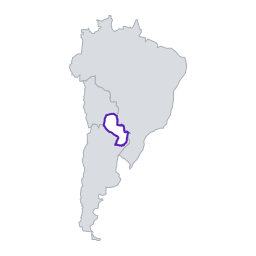 Paraguay highlighted, Equal Earth projection
{"feature_id": "PRY", "entity_name": "Paraguay", "entity_type": "country or territory", "adm_level": 0, "iso_a3": "PRY", "parent_name": "South America", "parent_adm1": "", "projection": "equal_earth", "projection_center": [-57.583, -23.42], "detail": "fine", "context": "with_neighbors", "style": "outline", "palette": "violet", "viewbox_px": 256, "rotation_deg": 0, "n_neighbors": 3, "source": "natural_earth", "source_scale": "50m", "svg_char_len": 6742}
<svg xmlns="http://www.w3.org/2000/svg" viewBox="0 0 256 256"><path d="M91.6,232.8L94.0,236.5L97.2,238.3L100.6,239.0L99.6,240.5L97.3,240.6L96.1,239.6L92.1,239.5L91.6,232.8ZM118.2,155.8L116.8,162.6L116.8,166.3L116.2,167.1L115.8,171.4L119.3,174.5L118.9,177.0L120.6,178.6L120.5,180.3L117.9,184.9L113.9,186.8L108.6,187.6L105.6,187.2L106.2,189.3L105.7,191.9L106.3,193.7L104.7,194.9L102.0,195.4L99.4,194.1L98.4,195.0L98.9,198.5L100.7,199.5L102.1,198.4L103.0,200.2L100.6,201.2L98.6,203.4L98.3,206.8L97.8,208.5L95.4,208.6L93.4,210.3L92.9,212.7L95.5,215.1L97.9,215.8L97.2,218.7L94.4,220.5L93.0,224.3L90.8,225.5L89.9,227.0L90.9,230.2L92.7,232.0L83.4,230.9L82.2,229.1L82.1,226.8L80.4,227.0L79.5,225.9L78.9,222.5L80.7,221.1L81.3,219.1L80.8,217.4L82.0,214.7L82.5,210.3L82.1,208.3L83.2,207.7L82.8,206.4L81.6,205.8L82.3,204.3L81.0,203.1L80.1,199.1L81.1,198.4L80.4,194.2L81.3,187.5L82.8,186.2L81.8,182.8L81.6,179.5L83.5,177.1L83.3,174.1L84.7,170.5L84.5,167.2L83.8,166.5L82.2,160.1L83.7,156.3L83.3,152.6L84.2,149.2L85.9,145.7L87.8,143.3L86.9,141.8L87.5,140.6L87.2,134.2L90.3,132.3L91.2,128.3L90.8,127.3L93.1,123.8L97.0,124.7L98.7,127.5L99.8,124.4L103.1,124.6L108.9,131.7L111.3,132.3L114.8,135.2L117.8,136.7L118.2,138.4L115.4,144.2L121.5,145.8L123.7,145.2L126.3,142.3L126.8,138.9L128.2,138.1L129.6,140.4L129.5,143.4L125.2,147.0L118.2,155.8Z" fill="#d9dde1" stroke="#a8b0b8" stroke-width="1"/><path d="M130.0,169.0L129.2,166.9L130.5,165.2L128.9,162.6L123.9,158.2L122.9,158.3L120.1,155.4L118.2,155.8L125.2,147.0L129.5,143.4L129.6,140.4L128.2,138.1L126.8,138.9L127.8,134.4L127.8,132.3L126.8,131.6L125.7,132.2L124.6,132.0L124.1,127.0L123.5,125.8L121.6,124.8L120.4,125.5L117.3,124.8L117.5,119.5L116.6,117.3L117.6,116.5L117.3,114.3L118.1,112.6L118.6,109.5L117.9,107.0L116.3,105.9L116.0,104.4L116.4,102.1L110.8,101.9L109.6,97.3L110.5,97.2L109.7,92.0L108.0,90.9L106.1,90.9L102.9,88.9L101.7,87.5L98.3,86.8L95.1,83.2L95.2,76.0L91.3,76.7L87.2,79.8L86.5,81.0L82.8,80.7L81.1,81.4L79.7,81.0L79.9,74.9L77.4,77.3L74.8,77.1L73.6,75.0L71.7,74.8L72.3,73.0L70.6,70.6L69.3,67.0L70.1,66.2L70.0,64.5L71.8,63.4L71.5,61.2L72.3,59.8L72.5,57.9L75.9,55.2L78.7,53.8L81.4,54.0L82.8,41.1L82.3,38.8L81.0,37.3L81.0,34.4L82.7,33.7L83.3,34.1L83.4,32.6L81.6,32.2L81.6,29.6L87.5,29.7L88.5,28.3L89.9,32.0L90.4,31.5L92.1,33.6L94.4,33.4L95.0,32.1L98.5,30.5L98.8,28.8L101.0,27.7L100.8,26.8L98.3,26.5L98.0,21.2L96.6,20.2L97.2,19.8L101.8,21.3L102.7,20.4L108.2,18.2L109.3,16.7L108.9,15.5L110.5,15.4L111.2,16.3L110.8,18.1L111.8,18.7L112.5,20.6L111.6,22.0L111.2,25.4L112.2,29.3L114.0,31.2L115.5,31.4L115.8,30.6L118.1,29.8L119.1,28.7L123.1,29.2L123.2,26.4L125.8,26.4L128.8,28.0L129.8,27.0L130.4,27.1L130.9,28.3L132.3,28.0L133.4,26.4L136.1,19.8L137.1,19.6L139.6,28.9L141.2,29.5L141.3,32.3L139.0,35.7L140.0,36.9L145.3,37.5L145.4,41.6L147.7,38.9L156.4,42.8L157.9,45.2L157.4,47.5L160.9,46.2L166.7,48.4L171.2,48.2L175.6,51.5L179.4,56.1L181.7,57.2L184.3,57.4L185.3,58.7L186.7,66.2L185.4,72.9L179.5,81.1L177.5,85.6L175.2,89.1L174.4,89.2L173.5,92.1L173.5,99.6L172.1,108.3L171.1,109.8L170.4,115.1L167.2,120.2L166.6,124.2L164.2,125.9L163.4,128.2L160.3,128.2L155.7,129.7L153.6,131.4L150.3,132.5L146.9,135.6L144.3,139.4L143.8,142.3L144.3,144.4L142.9,150.0L140.9,152.1L137.6,158.7L133.2,163.4L131.8,166.9L130.0,169.0Z" fill="#d9dde1" stroke="#a8b0b8" stroke-width="1"/><path d="M82.8,80.7L86.5,81.0L87.2,79.8L91.3,76.7L95.2,76.0L95.1,83.2L98.3,86.8L101.7,87.5L102.9,88.9L106.1,90.9L108.0,90.9L109.7,92.0L110.5,97.2L109.6,97.3L110.8,101.9L116.4,102.1L116.0,104.4L116.3,105.9L117.9,107.0L118.6,109.5L118.1,112.6L117.3,114.3L117.6,116.5L116.6,117.3L116.6,116.1L113.9,114.1L111.2,114.1L106.1,115.2L104.7,118.7L104.7,120.8L103.6,125.4L103.1,124.6L99.8,124.4L98.7,127.5L97.0,124.7L93.1,123.8L90.8,127.3L88.7,127.8L87.5,122.5L85.8,118.1L86.6,114.3L85.0,112.6L84.6,109.8L83.1,107.1L84.8,102.9L83.5,99.5L84.2,98.2L83.6,96.7L84.7,94.7L84.8,88.5L85.4,87.2L82.8,80.7Z" fill="#d9dde1" stroke="#a8b0b8" stroke-width="1"/><path d="M116.7,117.3L116.7,117.6L116.8,117.8L117.0,118.2L117.1,118.3L117.1,118.5L117.1,119.0L117.2,119.3L117.4,119.3L117.4,119.6L117.4,119.8L117.5,119.9L117.4,120.1L117.5,120.2L117.6,120.5L117.6,121.1L117.5,121.4L117.5,121.6L117.4,121.7L117.5,121.9L117.4,122.2L117.3,122.5L117.3,122.9L117.4,123.1L117.4,123.3L117.3,123.5L117.3,123.9L117.3,124.1L117.2,124.3L117.2,124.5L117.3,124.9L117.5,125.0L117.8,124.9L118.2,125.0L118.4,125.2L118.7,125.2L118.9,125.2L119.1,125.3L119.3,125.2L119.6,125.3L119.9,125.4L120.2,125.5L120.5,125.5L120.9,125.3L121.1,125.4L121.3,125.2L121.4,124.8L121.6,124.7L121.8,124.8L121.9,125.1L122.1,125.3L122.2,125.5L122.4,125.5L122.7,125.6L123.0,125.5L123.4,125.6L123.5,125.8L123.6,126.0L123.7,126.4L123.8,126.7L123.9,126.9L124.0,127.1L124.0,127.3L123.9,127.6L123.9,127.9L124.0,128.2L124.0,128.4L124.1,128.7L124.2,128.9L124.2,129.3L124.2,129.6L124.3,129.7L124.3,129.9L124.3,130.1L124.2,130.4L124.2,130.6L124.3,130.8L124.5,131.0L124.5,131.4L124.5,131.7L124.6,132.0L125.0,132.2L125.2,132.3L125.5,132.2L125.8,132.1L126.0,132.0L126.3,131.8L126.6,131.6L126.9,131.5L127.1,131.6L127.4,131.8L127.6,132.1L128.0,132.4L127.9,132.4L127.7,132.7L127.7,133.0L127.8,133.4L127.7,134.2L127.4,135.5L127.3,136.3L127.4,136.5L127.3,136.9L126.9,137.7L126.8,138.3L126.8,139.9L126.6,141.1L126.4,141.9L126.2,142.4L125.9,142.6L125.8,142.8L125.7,143.0L125.3,143.3L125.1,143.5L124.7,143.6L124.4,144.0L124.1,144.3L124.0,144.5L124.0,144.8L123.9,145.0L123.7,145.3L123.4,145.3L123.2,145.1L123.0,144.9L122.7,144.9L122.4,144.9L122.2,145.1L122.0,145.4L121.8,145.7L121.6,145.8L121.4,145.5L121.1,145.5L120.8,145.6L120.6,145.5L120.4,145.4L120.1,145.3L119.7,145.5L118.9,145.3L117.7,144.9L116.7,144.7L115.4,144.9L115.3,144.4L115.4,144.2L115.6,144.0L115.7,143.8L115.8,143.6L115.9,143.4L116.1,143.3L116.2,143.1L116.3,142.9L116.5,142.7L116.5,142.4L116.6,142.1L116.6,141.7L116.6,141.3L116.6,141.1L116.7,140.9L116.8,140.8L116.8,140.7L116.9,140.4L117.3,140.1L117.5,139.9L117.5,139.7L117.8,139.0L117.8,138.8L117.9,138.7L118.2,138.3L118.4,138.1L118.4,137.9L118.3,137.6L118.2,137.3L117.7,136.6L117.3,136.2L116.8,136.0L116.4,135.9L116.3,136.0L116.1,135.9L115.9,135.6L115.7,135.4L115.1,135.2L113.7,134.4L113.2,133.9L113.0,133.7L112.5,133.2L111.7,132.6L111.1,132.2L110.6,132.2L109.9,132.1L109.0,131.6L108.4,131.3L108.3,130.9L107.9,130.5L107.3,130.1L107.0,129.8L107.0,129.7L106.8,129.6L106.5,129.4L106.2,129.0L105.8,128.6L105.4,127.8L104.9,126.8L104.5,126.2L104.0,125.8L103.7,125.6L103.7,125.4L103.7,125.2L103.9,124.4L104.1,123.3L104.4,122.2L104.7,120.8L104.7,119.9L104.7,118.8L105.1,118.0L105.4,117.4L105.7,116.9L106.0,115.9L106.2,115.3L106.9,115.1L108.1,114.8L108.7,114.6L110.0,114.2L111.3,113.9L112.6,113.9L113.9,113.8L115.0,114.6L115.7,115.3L116.6,115.9L116.7,116.1L116.7,116.6L116.7,117.3Z" fill="none" stroke="#5b21b6" stroke-width="2"/></svg>